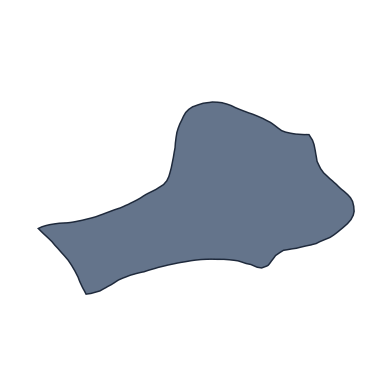 Sayun, Hadramawt, Yemen (Mercator projection), rotated 261°
{"feature_id": "15242507B12607527739382", "entity_name": "Sayun", "entity_type": "district", "adm_level": 2, "iso_a3": "YEM", "parent_name": "Yemen", "parent_adm1": "Hadramawt", "projection": "mercator", "projection_center": [48.811, 16.015], "detail": "fine", "context": "isolated", "style": "filled", "palette": "slate", "viewbox_px": 384, "rotation_deg": 261, "n_neighbors": 0, "source": "geoboundaries", "source_scale": "gbopen_adm2", "svg_char_len": 3184}
<svg xmlns="http://www.w3.org/2000/svg" viewBox="0 0 384 384"><g transform="rotate(261 192 192)"><path d="M107.7,71.4L107.6,76.4L107.7,77.1L108.1,80.5L108.7,85.6L109.4,87.4L110.3,89.8L111.0,91.9L111.8,93.8L112.0,94.4L113.1,97.7L114.9,101.8L116.6,105.6L117.8,110.2L118.6,114.1L119.1,116.3L119.5,118.2L120.0,122.6L120.1,123.1L120.5,127.5L120.7,130.6L120.7,132.0L121.5,136.7L121.9,139.9L122.1,141.5L122.3,143.4L122.8,146.7L123.2,151.8L123.5,155.5L123.6,156.2L123.8,160.4L124.0,164.6L124.1,166.1L124.2,170.2L124.2,173.6L124.2,175.1L124.3,180.5L124.2,184.8L123.9,190.2L123.4,194.9L122.7,200.2L121.6,206.3L120.5,213.0L119.1,218.9L118.9,219.5L118.0,222.8L116.8,226.7L114.9,230.5L112.9,234.3L111.2,238.8L107.5,244.6L106.1,248.9L106.9,252.9L107.2,254.4L107.7,255.7L108.6,256.8L110.0,258.3L110.5,258.8L110.8,259.0L113.5,261.9L116.2,264.6L118.5,269.4L120.1,273.2L120.1,277.3L120.2,281.8L120.1,286.3L120.5,290.5L120.9,295.9L121.1,300.2L121.1,301.2L121.3,302.4L121.7,306.7L122.5,309.0L123.0,310.6L124.3,315.9L124.9,318.5L125.5,321.0L126.0,322.2L127.3,325.1L128.6,327.6L130.0,330.1L133.0,335.2L136.4,340.6L136.5,340.7L139.9,344.7L142.5,346.6L143.8,347.6L145.3,348.2L147.6,349.1L150.6,349.3L152.5,349.5L157.6,349.1L161.6,347.6L165.3,345.2L165.6,344.9L168.7,342.4L171.2,340.1L172.8,338.8L174.9,337.2L176.9,335.8L179.6,333.5L180.7,332.7L183.7,330.1L187.0,327.6L190.3,325.0L193.1,323.6L194.6,322.8L195.2,322.6L198.3,321.6L202.7,320.3L203.8,320.3L207.3,320.3L210.2,320.2L211.3,320.2L213.9,320.2L215.4,320.1L216.1,320.1L220.0,319.9L224.3,319.1L227.8,317.6L230.4,316.5L230.8,314.1L231.1,311.9L232.0,307.9L232.7,304.8L232.9,303.8L233.9,300.7L234.7,298.4L236.5,293.8L238.6,290.1L241.8,286.9L245.1,283.8L247.3,281.6L248.3,280.5L248.5,280.3L251.1,276.7L253.6,273.4L253.9,272.9L256.9,268.2L259.3,264.2L260.2,262.5L261.3,260.3L263.4,256.7L263.7,256.1L266.4,251.5L268.7,247.8L269.8,246.3L271.3,244.1L273.4,240.2L275.1,236.4L275.5,235.6L276.7,231.1L277.3,228.1L277.7,226.2L277.7,223.3L277.8,221.3L277.9,216.8L277.1,211.4L276.3,207.4L276.1,206.0L274.2,201.9L274.0,201.6L272.9,200.1L271.5,198.2L268.2,195.5L266.4,194.3L264.6,193.1L261.1,190.6L256.9,188.2L254.8,187.2L253.2,186.4L248.3,184.8L244.9,183.8L243.2,183.3L238.4,182.2L233.9,180.6L228.5,178.8L227.5,178.4L224.2,177.2L219.1,175.3L214.8,173.4L213.1,172.6L210.8,171.5L206.9,168.8L205.7,167.3L203.8,165.1L202.4,161.9L202.0,161.0L201.6,160.0L200.2,156.9L198.9,152.8L197.5,148.3L196.6,145.7L196.0,144.3L195.6,143.3L194.1,140.1L192.6,136.0L191.5,132.6L191.2,131.6L190.7,129.9L189.7,127.0L189.0,124.0L188.6,122.8L187.4,118.3L187.4,117.8L186.5,112.4L185.7,108.5L184.6,103.1L183.9,99.8L183.6,98.1L182.6,93.2L182.1,88.8L181.7,84.1L181.3,79.5L181.2,77.9L181.1,74.8L181.0,73.2L180.9,69.7L180.9,67.6L181.0,65.2L181.1,63.6L181.5,60.0L181.9,55.9L182.0,51.6L182.0,47.5L182.0,46.8L182.0,46.5L181.7,42.5L181.1,38.3L180.0,34.5L177.2,36.5L175.3,37.9L173.2,39.5L171.6,40.8L168.4,43.3L164.9,45.9L160.8,48.3L157.3,50.7L152.6,53.6L149.9,55.4L148.5,56.3L144.1,59.0L140.2,60.8L139.3,61.2L138.2,61.7L135.1,62.9L132.6,63.9L131.1,64.4L125.6,66.2L123.5,66.6L120.8,67.2L115.6,68.7L113.4,69.4L111.6,70.1L108.6,71.1L107.7,71.4Z" fill="#64748b" stroke="#1e293b" stroke-width="1.5"/></g></svg>